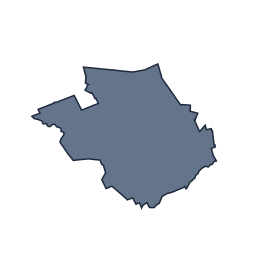 Peciu Nou, Timis, Romania, rotated 20°
{"feature_id": "2599482B53366804406039", "entity_name": "Peciu Nou", "entity_type": "district", "adm_level": 2, "iso_a3": "ROU", "parent_name": "Romania", "parent_adm1": "Timis", "projection": "equal_earth", "projection_center": [21.009, 45.622], "detail": "fine", "context": "isolated", "style": "filled", "palette": "slate", "viewbox_px": 256, "rotation_deg": 20, "n_neighbors": 0, "source": "geoboundaries", "source_scale": "gbopen_adm2", "svg_char_len": 4961}
<svg xmlns="http://www.w3.org/2000/svg" viewBox="0 0 256 256"><g transform="rotate(20 128 128)"><path d="M203.4,165.3L203.6,164.9L203.9,164.1L204.0,163.1L204.3,161.1L204.6,159.1L204.6,158.2L204.7,157.6L204.9,157.1L205.5,156.6L205.9,156.2L206.2,155.7L206.4,155.2L206.5,154.4L206.7,153.9L207.2,153.4L207.6,153.0L207.9,152.6L207.9,151.9L207.9,150.8L207.9,150.0L208.0,149.4L208.2,148.8L208.6,148.2L208.9,147.7L209.2,147.0L209.4,146.4L209.5,145.8L209.4,145.2L209.4,144.6L209.5,144.0L209.6,143.6L210.0,143.1L210.5,142.2L211.0,141.2L211.5,140.2L212.1,139.4L212.6,138.7L213.5,138.0L214.0,137.6L214.4,137.4L214.7,137.2L215.0,137.2L215.5,137.2L216.0,137.3L216.3,137.3L216.7,137.1L217.0,136.8L217.2,136.5L217.5,135.6L217.7,134.8L217.9,134.3L218.2,134.0L218.4,133.9L218.9,133.8L219.2,133.7L219.4,133.5L219.8,132.8L219.9,132.0L220.0,131.1L220.2,130.5L220.4,130.1L221.2,129.5L222.3,128.8L220.9,127.5L220.2,126.9L218.0,125.1L217.8,124.8L217.1,124.1L215.9,122.4L214.4,120.2L213.3,118.7L216.5,116.0L215.4,114.1L214.7,114.5L214.6,114.1L212.5,110.1L208.1,101.5L207.4,101.5L206.5,100.1L204.1,101.6L202.2,102.8L201.3,101.4L199.8,99.4L199.6,99.0L198.4,101.9L196.6,106.8L196.4,106.7L192.5,102.8L190.3,100.5L187.9,98.0L187.7,97.9L188.5,97.3L188.4,96.9L188.3,96.4L188.3,95.4L188.5,90.3L183.4,90.7L182.7,90.8L180.5,91.0L180.5,90.5L180.2,89.4L180.0,88.9L179.5,87.1L178.9,85.5L178.8,85.2L174.8,86.4L174.0,86.6L169.7,87.9L169.4,88.0L169.1,88.1L166.2,86.0L165.6,85.6L162.7,83.6L159.0,80.9L158.2,80.4L155.1,78.3L154.8,78.0L151.4,75.6L150.5,75.0L148.8,73.8L148.1,73.3L145.9,71.9L145.0,71.2L144.2,70.6L143.8,70.4L143.1,69.9L142.2,68.7L140.9,66.7L139.5,65.0L137.5,62.2L134.1,57.6L130.3,61.3L127.1,64.5L123.8,67.7L122.6,68.4L121.1,69.3L118.6,70.7L116.7,71.9L115.3,72.7L113.6,73.6L112.7,74.0L111.0,74.4L110.2,74.6L108.6,75.1L107.4,75.3L103.3,76.4L99.2,77.4L98.9,77.5L97.8,77.7L95.9,78.1L94.0,78.6L89.9,79.7L83.8,81.3L75.5,83.4L71.6,84.4L69.2,85.0L65.3,86.0L68.3,90.4L70.2,93.2L70.6,93.1L71.6,96.4L71.9,97.9L72.7,100.4L73.4,100.4L75.6,100.7L75.4,100.8L75.2,100.8L75.3,101.6L75.3,102.5L75.4,102.9L75.3,103.7L75.1,104.8L74.9,106.1L74.8,106.7L74.7,107.0L76.1,107.4L78.2,107.6L80.6,107.9L80.6,108.0L81.4,108.1L81.5,108.1L82.1,107.2L82.5,107.6L84.1,109.0L87.1,111.7L87.8,111.1L89.2,112.5L91.7,115.1L90.9,115.9L87.6,118.7L84.0,122.0L78.3,127.0L73.3,122.4L71.4,120.6L69.2,118.5L67.4,116.9L66.2,115.8L65.1,116.8L59.2,122.0L55.9,124.9L55.1,125.6L51.9,128.4L51.7,128.5L51.4,128.6L51.2,128.6L50.9,128.6L49.8,129.3L49.7,129.4L49.7,129.7L49.8,129.9L49.8,130.0L49.7,130.1L49.0,130.8L45.5,133.9L44.7,134.5L44.3,135.0L43.7,135.6L39.9,138.8L37.6,140.9L37.2,141.2L38.0,142.1L40.2,144.2L38.2,145.9L35.4,148.3L34.7,149.0L33.7,149.9L34.8,150.4L36.1,151.0L36.6,151.3L36.8,151.2L37.7,151.1L39.0,150.9L39.4,150.8L40.0,150.8L40.6,150.8L41.2,150.7L41.7,150.8L42.3,150.8L43.0,150.8L44.2,150.8L44.6,150.8L44.9,150.9L45.1,151.0L45.5,151.7L45.9,152.5L46.9,153.1L47.2,153.1L48.6,152.3L49.2,151.9L49.8,151.7L49.9,151.8L50.0,152.0L50.4,152.4L51.0,153.0L51.3,153.3L51.8,153.5L52.5,153.7L53.6,153.7L54.0,153.4L54.3,153.2L54.9,152.3L55.3,151.5L55.9,150.4L57.8,149.6L59.4,150.5L60.7,151.3L61.2,151.2L63.8,151.1L64.3,151.1L66.2,152.6L66.1,154.0L69.4,154.2L69.6,155.0L70.1,156.4L69.3,159.1L68.8,161.2L68.7,161.4L68.8,162.8L69.0,164.7L70.8,165.9L71.9,166.7L73.9,168.1L76.3,169.9L78.0,171.1L78.8,171.7L79.7,172.3L80.4,172.8L80.9,173.1L82.4,174.0L84.2,175.1L87.6,177.2L90.8,175.6L94.5,173.8L97.0,172.6L98.3,172.1L99.5,171.4L100.2,171.1L100.8,170.8L101.3,170.6L101.8,170.4L104.1,169.9L104.9,169.7L105.5,169.5L105.8,169.5L107.6,169.0L110.0,168.4L112.6,167.7L112.8,167.7L113.4,168.5L115.6,171.0L117.9,171.7L118.5,172.7L119.9,174.5L121.7,177.0L122.3,177.8L122.1,178.9L121.4,183.2L121.2,184.5L121.0,185.5L122.0,186.5L123.6,188.0L127.9,192.1L128.1,192.4L128.8,191.8L130.0,190.7L130.4,190.4L131.6,189.2L132.8,188.2L138.1,190.2L139.6,190.8L143.4,192.2L146.3,193.4L146.9,193.6L151.4,195.4L151.6,195.6L151.8,195.8L152.7,195.1L156.3,192.1L160.8,196.2L161.5,196.9L164.4,194.4L168.1,198.4L168.1,198.0L168.1,197.8L168.3,197.3L168.3,197.1L168.4,196.7L168.4,196.4L168.4,196.2L168.3,195.9L168.4,195.5L168.5,195.4L168.9,194.9L169.3,194.4L169.6,194.1L170.5,192.8L171.3,191.7L175.0,195.1L175.4,195.3L176.2,195.1L178.3,194.4L178.6,194.3L179.0,194.2L179.5,193.9L179.7,193.7L180.1,193.2L180.3,192.7L180.9,191.2L181.0,190.8L181.1,190.7L181.3,190.4L181.8,189.7L183.0,188.3L183.1,188.1L183.2,187.6L183.2,185.9L183.3,184.5L183.3,183.2L183.3,182.9L183.4,182.2L183.4,181.4L183.4,181.2L183.5,181.0L183.6,180.7L183.7,180.4L183.9,180.1L184.1,179.8L184.4,179.6L185.3,178.4L185.6,178.0L185.8,177.8L186.0,177.5L186.3,177.2L186.6,176.8L187.0,176.4L187.9,175.6L188.0,175.6L188.3,175.3L188.8,175.1L189.3,174.9L189.9,174.5L190.7,173.8L191.6,173.0L192.0,172.7L193.4,171.4L194.2,170.7L195.2,169.7L195.9,169.1L196.6,168.5L197.1,168.1L197.6,167.6L198.9,166.4L200.1,165.3L201.1,164.3L201.3,164.0L201.4,163.6L203.4,165.3Z" fill="#64748b" stroke="#1e293b" stroke-width="1.5"/></g></svg>